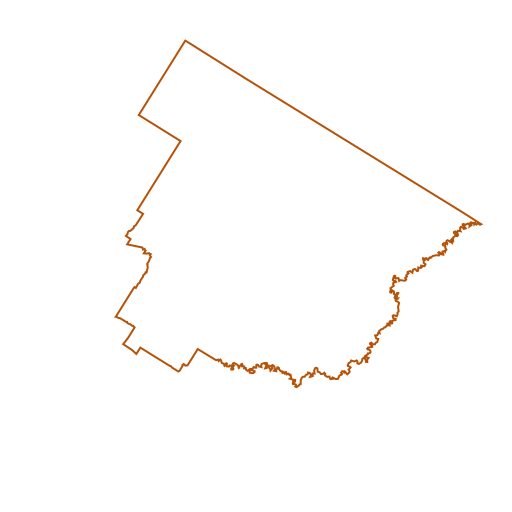 Mildura, Victoria, Australia, rotated 122°
{"feature_id": "25037944B71441363107667", "entity_name": "Mildura", "entity_type": "district", "adm_level": 2, "iso_a3": "AUS", "parent_name": "Australia", "parent_adm1": "Victoria", "projection": "robinson", "projection_center": [141.957, -34.865], "detail": "fine", "context": "isolated", "style": "outline", "palette": "amber", "viewbox_px": 512, "rotation_deg": 122, "n_neighbors": 0, "source": "geoboundaries", "source_scale": "gbopen_adm2", "svg_char_len": 6105}
<svg xmlns="http://www.w3.org/2000/svg" viewBox="0 0 512 512"><g transform="rotate(122 256 256)"><path d="M357.9,202.3L356.0,201.6L358.3,199.5L357.0,196.5L355.3,195.7L354.4,196.1L354.8,198.7L356.0,200.4L354.8,200.9L353.7,199.2L351.3,199.1L351.2,197.5L350.6,196.6L348.3,198.0L347.6,197.7L347.4,196.5L348.1,194.9L347.3,192.5L346.3,193.6L344.7,194.0L342.5,192.4L342.8,190.7L341.7,191.2L341.0,190.3L341.5,189.5L346.4,188.7L345.3,187.5L343.2,188.2L342.2,187.3L343.9,185.4L344.2,184.1L345.5,183.0L342.7,182.6L341.8,183.5L341.4,185.1L339.7,184.1L339.8,182.6L340.5,181.3L342.2,179.8L343.8,180.0L343.0,177.8L341.8,178.7L340.5,178.3L339.2,178.9L338.7,178.3L338.8,177.3L339.9,176.3L340.6,174.0L339.9,172.6L341.1,171.6L339.8,170.9L340.4,170.1L340.6,169.1L338.9,169.3L338.5,169.0L339.9,166.9L338.6,166.2L338.6,165.5L339.2,164.7L338.5,164.4L338.3,163.9L340.5,161.8L342.1,162.3L341.1,158.8L342.7,158.1L342.8,157.7L342.3,157.2L340.8,157.7L340.4,157.1L341.7,156.3L344.0,157.5L344.8,157.2L345.0,156.7L344.2,155.8L343.9,154.1L344.5,153.4L345.9,153.5L345.8,152.2L343.1,151.0L342.0,151.1L341.1,150.2L337.7,152.2L335.0,152.6L333.5,152.2L332.6,150.8L330.2,150.6L329.0,149.5L327.3,150.1L326.7,148.8L327.3,147.0L328.0,146.2L329.8,146.0L327.7,144.2L325.6,145.7L324.6,144.0L322.2,146.1L319.4,146.3L318.8,145.5L318.8,144.4L321.4,142.4L320.9,140.3L321.7,138.4L320.6,136.8L318.8,136.2L319.2,134.9L320.7,134.2L320.8,131.6L319.3,129.8L320.7,128.4L320.8,127.4L319.5,125.9L319.1,126.8L318.4,126.7L318.1,123.1L316.7,121.4L313.3,121.9L310.9,120.4L310.4,120.5L309.9,122.0L307.9,121.8L307.5,120.5L308.0,119.5L306.8,119.5L308.0,115.9L305.1,115.1L304.2,115.5L303.3,117.3L300.4,116.7L300.1,117.6L300.6,119.7L300.3,120.2L297.9,120.7L295.9,119.6L294.2,119.9L293.3,116.7L291.3,115.4L291.5,114.3L293.3,113.1L293.0,111.6L290.9,110.5L288.7,110.5L286.7,111.3L285.4,110.6L285.3,109.2L286.2,107.7L287.5,106.6L286.9,105.5L285.0,106.8L282.8,106.5L283.2,108.7L284.7,109.8L284.2,110.4L282.7,110.4L280.3,109.1L279.4,109.6L278.1,108.0L276.9,107.9L276.1,108.4L275.6,109.4L275.5,110.5L276.0,112.0L275.7,112.6L274.4,112.5L271.5,109.3L270.6,109.8L270.5,112.3L269.7,113.0L268.3,112.3L269.0,110.5L267.8,108.3L266.3,108.5L264.7,107.6L261.6,108.4L262.2,110.3L260.2,112.8L258.8,111.1L256.4,111.6L256.0,110.2L254.4,111.8L251.8,110.9L250.1,109.6L248.7,109.4L247.8,108.5L246.1,108.4L245.4,107.7L243.8,108.8L243.4,108.2L244.2,106.3L244.0,105.8L241.5,107.7L240.5,107.8L239.9,107.4L239.8,106.7L241.3,105.5L241.3,105.0L240.7,104.8L239.8,105.9L238.8,106.1L236.3,103.7L235.3,104.3L236.1,106.5L234.3,108.4L233.2,107.9L232.5,104.7L230.3,105.1L229.3,105.9L227.4,105.7L223.7,108.7L220.0,109.7L219.6,111.3L220.0,113.4L219.3,114.4L218.2,114.3L217.2,113.1L216.6,113.1L218.1,115.2L218.1,116.1L217.7,116.5L216.7,116.6L215.4,115.1L213.9,116.2L212.6,115.4L212.0,115.7L212.7,116.8L214.6,116.5L215.2,117.7L215.1,119.0L213.5,119.8L212.9,120.7L213.5,121.6L215.5,122.0L215.7,122.8L215.2,123.4L214.0,123.5L213.0,122.6L212.7,124.4L212.0,124.9L208.2,123.4L207.5,124.6L206.1,125.3L203.7,123.5L203.3,124.3L204.2,126.1L203.8,127.3L199.9,128.4L199.2,127.9L199.2,127.2L201.0,126.5L201.3,125.8L199.5,124.0L199.3,123.3L201.3,121.4L200.0,120.8L198.3,117.0L197.4,116.2L196.1,116.3L195.9,117.5L195.4,117.9L193.4,117.1L193.1,118.1L192.3,118.4L190.1,117.5L189.8,118.7L189.1,118.9L187.1,117.3L187.3,114.5L184.5,115.5L182.9,114.6L182.7,113.7L183.4,111.8L183.1,110.9L182.3,110.8L179.8,112.3L178.7,109.8L176.7,109.4L177.1,110.6L176.6,110.8L175.6,108.0L174.9,107.6L173.2,107.9L172.9,110.2L170.7,111.5L170.4,112.5L169.3,113.1L169.0,112.0L169.5,110.7L168.0,110.8L167.5,110.3L168.3,108.7L168.1,107.9L165.4,108.1L164.9,107.7L165.0,106.8L162.5,106.2L160.1,103.9L158.5,101.1L157.3,101.3L156.6,103.1L155.7,102.9L155.6,101.9L156.5,100.2L155.6,97.8L154.9,98.3L154.7,99.7L153.4,100.2L152.4,99.3L152.4,97.9L151.3,98.6L150.5,97.8L149.7,97.9L148.7,99.9L147.6,100.4L147.5,101.2L146.7,101.4L147.6,102.1L147.8,103.0L147.4,103.7L146.5,103.9L145.2,103.2L144.6,101.7L144.6,100.2L144.0,100.4L143.1,102.1L142.0,102.4L141.1,101.9L141.0,99.3L139.5,99.1L141.1,98.4L140.7,97.5L141.0,96.5L139.7,96.8L139.3,98.2L138.4,97.9L138.4,97.1L136.9,98.2L135.6,98.5L133.4,97.8L132.4,95.8L131.3,95.7L130.1,97.0L131.5,97.7L131.9,99.5L131.4,100.5L130.5,100.8L129.4,99.7L129.9,98.5L129.8,98.0L127.6,98.1L126.6,95.6L125.9,96.6L123.8,97.8L122.8,97.8L122.3,95.9L122.9,94.1L121.4,92.8L120.9,93.9L121.1,95.0L119.7,95.8L120.3,97.1L119.6,97.5L118.8,96.8L118.6,95.0L116.1,93.4L116.4,91.2L117.8,90.6L115.4,89.6L114.9,90.2L114.7,91.8L113.8,91.8L113.3,91.0L113.3,89.8L112.5,88.9L113.6,87.7L111.7,87.6L112.6,86.6L112.5,85.7L110.6,85.1L110.8,82.6L109.7,81.9L109.5,104.6L111.0,359.4L110.8,430.1L198.6,430.1L198.5,380.9L280.1,380.9L280.1,374.1L293.9,374.3L295.5,375.2L297.0,374.6L299.5,375.3L301.3,375.9L302.1,377.0L303.8,377.3L305.4,376.6L307.9,377.0L308.1,371.4L314.4,371.4L309.0,356.8L310.4,355.1L309.1,354.2L309.7,353.7L309.9,352.5L313.2,352.5L312.1,350.3L310.3,348.2L310.7,347.7L310.3,346.3L311.5,346.4L312.5,344.5L313.5,344.9L317.0,344.1L320.5,344.1L320.7,343.4L322.0,342.8L322.7,341.9L328.0,340.1L328.3,341.0L329.9,340.7L332.1,341.4L333.5,340.9L338.3,341.0L340.2,340.4L341.9,341.3L346.7,341.0L346.7,342.5L348.1,342.7L381.6,342.7L381.1,342.1L381.6,341.4L381.3,339.3L380.8,338.6L380.7,331.0L380.3,330.4L380.9,329.8L381.0,328.2L380.5,326.3L380.8,323.9L380.3,323.2L380.9,321.1L393.3,321.1L401.1,321.9L401.4,311.3L402.5,305.6L395.0,305.5L394.9,271.0L394.5,270.0L395.1,268.0L395.1,260.6L394.1,260.0L387.9,260.1L387.5,260.6L385.9,260.1L386.4,257.8L385.0,256.1L365.8,256.1L365.5,234.6L364.0,233.4L364.8,232.0L362.7,231.5L363.0,230.4L364.9,228.3L364.4,226.5L365.9,224.4L364.8,223.9L363.5,224.6L362.7,224.4L362.7,223.6L364.4,223.1L365.0,222.2L364.1,220.3L362.8,220.3L362.3,219.1L362.4,218.3L363.4,217.4L365.0,217.2L365.4,216.7L364.5,215.4L363.7,215.3L362.7,216.8L360.6,216.6L360.7,217.2L362.1,217.3L361.6,218.3L359.3,218.6L358.3,217.9L358.1,214.2L358.8,212.5L360.1,211.3L359.5,211.0L358.0,212.0L357.1,210.8L355.6,211.2L354.9,210.6L355.2,210.0L356.9,209.3L355.9,207.5L357.6,206.6L356.4,205.3L357.7,204.3L357.9,202.3Z" fill="none" stroke="#b45309" stroke-width="2"/></g></svg>